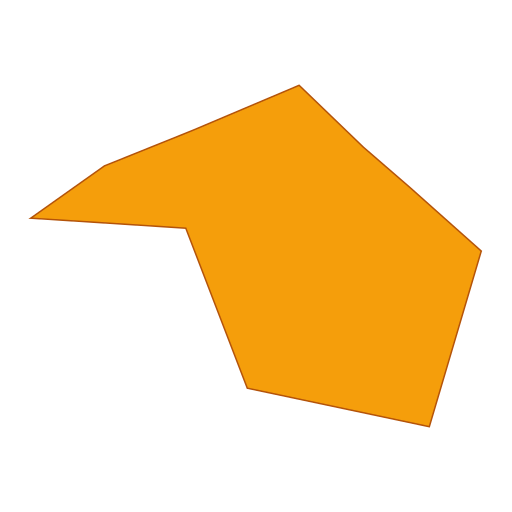 Bulgan, Bulgan, Mongolia
{"feature_id": "93677404B52410770806763", "entity_name": "Bulgan", "entity_type": "district", "adm_level": 2, "iso_a3": "MNG", "parent_name": "Mongolia", "parent_adm1": "Bulgan", "projection": "orthographic", "projection_center": [103.463, 48.822], "detail": "fine", "context": "isolated", "style": "filled", "palette": "amber", "viewbox_px": 512, "rotation_deg": 0, "n_neighbors": 0, "source": "geoboundaries", "source_scale": "gbopen_adm2", "svg_char_len": 296}
<svg xmlns="http://www.w3.org/2000/svg" viewBox="0 0 512 512"><path d="M30.7,218.2L31.0,218.2L185.8,228.2L247.3,388.2L429.3,426.7L481.2,251.3L481.3,251.1L409.5,187.1L363.5,147.3L299.1,85.3L192.6,130.4L104.4,165.9L104.0,166.2L30.7,218.2Z" fill="#f59e0b" stroke="#b45309" stroke-width="1.5"/></svg>